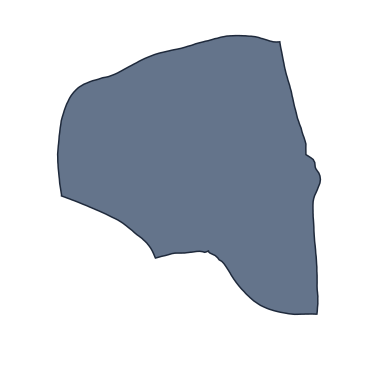 Al Qatn, Hadramawt, Yemen, rotated 348°
{"feature_id": "15242507B78643865459873", "entity_name": "Al Qatn", "entity_type": "district", "adm_level": 2, "iso_a3": "YEM", "parent_name": "Yemen", "parent_adm1": "Hadramawt", "projection": "robinson", "projection_center": [48.348, 15.912], "detail": "fine", "context": "isolated", "style": "filled", "palette": "slate", "viewbox_px": 384, "rotation_deg": 348, "n_neighbors": 0, "source": "geoboundaries", "source_scale": "gbopen_adm2", "svg_char_len": 4808}
<svg xmlns="http://www.w3.org/2000/svg" viewBox="0 0 384 384"><g transform="rotate(348 192 192)"><path d="M207.0,49.2L204.1,49.1L200.8,49.1L199.1,49.2L196.7,49.2L192.4,49.3L190.6,49.3L188.4,49.4L184.8,49.7L183.2,49.9L181.5,50.2L177.9,50.8L174.0,51.5L170.2,52.4L167.2,53.2L164.5,54.1L162.1,54.7L161.1,55.0L157.8,56.0L157.2,56.1L153.2,57.3L150.5,58.1L147.7,59.0L146.9,59.2L143.9,60.1L140.7,60.8L137.6,61.3L134.9,61.7L133.9,61.8L131.9,61.8L131.1,61.8L129.4,61.7L127.9,61.7L127.2,61.8L124.0,62.2L121.1,62.4L118.0,62.5L116.6,62.7L115.1,62.9L112.1,63.5L111.6,63.6L108.6,64.1L107.2,64.6L105.8,65.1L104.3,65.6L102.4,66.4L99.9,67.9L98.6,68.8L97.1,69.8L94.0,72.4L91.9,74.6L90.0,77.0L89.7,77.5L87.7,79.9L87.2,80.7L85.9,82.7L84.4,85.1L84.2,85.4L82.4,88.7L80.7,91.7L78.9,95.2L77.9,98.1L76.5,101.7L75.0,106.2L73.8,109.5L72.7,113.3L71.5,117.1L70.9,118.8L70.3,120.8L69.3,124.2L68.4,127.2L68.1,129.1L67.8,130.7L67.0,134.8L66.6,138.0L66.5,138.3L66.1,141.1L65.6,145.7L65.2,149.2L65.0,151.5L64.4,156.0L64.2,160.1L64.0,163.8L63.8,167.5L63.5,168.7L66.6,170.6L67.8,171.4L69.7,172.6L71.0,173.4L72.6,174.5L75.2,176.1L75.8,176.5L79.1,178.7L82.4,181.0L85.9,183.3L87.3,184.3L88.9,185.5L90.4,186.5L91.5,187.3L92.7,188.1L94.2,189.2L96.5,190.8L97.1,191.2L100.5,193.7L103.1,195.6L105.7,197.7L108.3,199.8L111.1,201.9L113.1,203.5L113.5,203.8L113.8,204.1L115.9,206.1L117.9,208.1L120.2,210.8L120.3,210.9L122.8,214.0L123.8,215.2L125.4,217.1L127.2,219.7L128.4,221.2L129.6,222.7L130.6,223.7L131.6,224.9L132.6,226.0L133.6,227.2L134.4,228.5L135.6,230.1L137.3,232.7L137.8,233.8L138.6,235.3L139.9,238.3L140.9,241.4L141.2,242.7L141.6,244.4L142.2,247.6L142.3,248.2L142.5,249.0L143.0,249.0L146.2,248.8L149.0,248.6L152.8,248.6L156.1,248.4L159.6,248.1L161.3,248.2L162.4,248.2L165.1,248.7L168.9,249.5L171.2,249.9L172.0,250.1L174.8,250.3L175.4,250.4L178.2,250.6L178.3,250.7L181.1,250.9L184.2,251.1L187.2,251.6L190.0,252.6L190.9,253.1L191.7,253.6L192.1,253.6L193.2,253.6L193.6,253.5L194.3,253.4L194.9,253.3L195.3,253.2L195.6,253.1L195.8,253.1L195.8,253.4L195.8,253.6L195.8,253.9L195.9,254.1L196.3,254.7L196.8,255.4L197.2,255.7L201.5,259.0L203.5,261.8L204.4,263.9L206.7,266.0L208.3,268.6L208.9,270.0L209.7,271.9L211.0,275.3L211.2,275.8L212.4,279.1L212.9,280.8L213.3,282.0L214.2,284.3L214.7,285.7L215.3,287.0L216.4,289.6L218.3,293.5L220.0,296.7L220.3,297.2L222.4,300.5L223.2,302.0L224.0,303.3L224.7,304.3L225.7,305.7L226.1,306.2L226.4,306.8L227.8,308.7L229.9,311.5L231.2,312.8L233.0,314.7L235.4,317.1L238.0,319.1L241.2,321.4L243.2,322.7L243.9,323.1L245.0,323.7L247.3,325.0L250.7,326.7L253.3,327.9L254.5,328.4L257.7,329.7L259.7,330.5L260.8,331.0L263.8,332.0L266.9,333.0L269.1,333.4L270.0,333.6L272.5,334.0L273.5,334.2L275.9,334.7L277.2,334.9L277.4,334.9L280.1,335.5L283.3,336.1L286.2,336.8L287.7,337.2L288.8,337.4L289.8,334.4L290.6,331.4L291.9,327.3L292.1,326.1L292.6,323.8L292.9,322.2L293.4,320.2L293.7,317.4L293.8,316.9L294.1,313.7L294.7,310.3L294.9,309.3L295.5,306.8L296.1,303.9L296.2,303.3L296.3,302.9L296.9,300.1L297.5,296.5L297.6,295.6L298.5,291.4L298.9,288.3L299.5,284.5L300.0,281.1L300.3,277.6L300.8,274.4L301.3,270.0L301.6,266.5L301.8,264.9L302.1,262.9L302.6,259.2L303.2,255.2L303.9,251.6L304.5,247.7L304.6,247.0L305.0,244.2L305.3,241.7L305.4,241.0L305.8,239.1L306.0,237.7L306.4,235.9L306.9,233.2L307.6,229.9L308.5,226.5L309.7,223.7L311.2,221.0L313.4,218.1L315.2,215.6L316.0,214.3L317.0,212.8L317.7,211.8L319.0,209.8L320.2,206.5L320.5,202.9L320.0,199.8L318.7,196.9L318.3,195.7L318.2,195.5L317.9,194.9L317.9,194.5L317.8,194.2L317.8,193.8L317.7,193.3L318.2,188.6L317.6,186.6L317.5,186.4L317.5,186.1L317.4,185.8L317.3,185.6L317.3,185.4L317.2,185.3L315.4,183.2L311.2,179.1L312.5,172.6L313.4,168.7L313.2,165.3L313.1,164.4L312.9,162.1L312.4,158.9L312.1,155.7L312.0,152.2L311.7,150.5L311.4,148.9L311.2,147.4L311.0,145.2L310.7,143.2L310.5,141.8L310.4,137.9L310.4,136.2L310.3,134.8L310.3,133.5L310.1,131.1L310.0,128.8L310.0,126.9L310.0,124.4L310.0,122.7L310.0,120.6L309.9,119.2L310.0,114.2L309.7,110.6L309.7,108.9L309.6,107.4L309.2,103.4L309.1,102.6L309.0,99.6L308.8,97.9L308.7,96.5L308.6,94.3L308.6,92.5L308.5,90.8L308.5,89.4L308.5,87.0L308.6,86.0L308.6,84.9L308.6,82.1L308.7,77.8L308.8,73.7L308.8,70.8L308.8,69.2L309.0,64.5L309.1,63.3L308.5,63.3L305.5,62.8L302.7,62.0L301.1,61.2L299.7,60.6L297.2,59.1L294.5,57.6L292.5,56.5L291.9,56.3L289.3,54.7L286.0,53.2L283.0,52.2L282.5,52.0L280.0,51.4L279.7,51.3L276.9,50.4L274.8,49.9L273.3,49.5L270.5,48.8L268.7,48.4L267.2,48.1L264.1,47.6L261.2,47.1L260.9,47.1L258.4,46.7L256.2,46.7L255.6,46.7L253.8,46.6L251.9,46.6L249.8,46.8L248.6,46.9L246.9,46.8L245.8,46.8L245.3,46.9L243.0,47.1L240.0,47.3L239.6,47.4L236.2,47.3L235.2,47.4L233.4,47.5L230.0,47.6L226.3,47.8L225.1,48.0L222.4,48.4L220.8,48.5L218.3,48.6L215.5,48.9L214.2,49.0L211.3,49.2L207.9,49.2L207.0,49.2Z" fill="#64748b" stroke="#1e293b" stroke-width="1.5"/></g></svg>